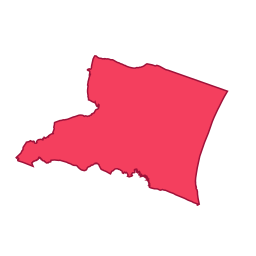 Pueblo Viejo, Colombia (Mercator projection), rotated 111°
{"feature_id": "7082276B85256872918621", "entity_name": "Pueblo Viejo", "entity_type": "district", "adm_level": 2, "iso_a3": "COL", "parent_name": "Colombia", "parent_adm1": "", "projection": "mercator", "projection_center": [-74.321, 10.832], "detail": "fine", "context": "isolated", "style": "filled", "palette": "rose", "viewbox_px": 256, "rotation_deg": 111, "n_neighbors": 0, "source": "geoboundaries", "source_scale": "gbopen_adm2", "svg_char_len": 5936}
<svg xmlns="http://www.w3.org/2000/svg" viewBox="0 0 256 256"><g transform="rotate(111 128 128)"><path d="M174.0,34.8L173.6,34.2L168.4,37.5L164.9,39.4L162.5,40.4L160.8,41.6L160.3,42.6L159.5,43.0L158.9,42.9L157.4,44.0L157.5,44.1L154.6,45.5L154.6,45.4L154.2,45.5L153.8,45.9L150.2,47.0L145.1,48.1L140.2,49.1L128.6,50.9L114.1,51.4L103.7,51.2L91.9,51.6L87.4,51.5L78.6,50.9L76.1,50.6L68.7,49.9L63.9,49.3L58.0,48.3L59.7,111.2L60.0,113.7L59.1,120.5L59.1,123.0L59.4,123.9L59.9,124.2L60.3,124.9L60.4,128.1L61.3,133.3L62.0,133.9L64.8,135.7L66.8,138.0L67.2,139.0L67.8,139.6L68.6,141.8L69.5,142.6L70.2,144.6L70.8,148.5L70.9,151.2L70.8,152.3L70.6,152.7L70.8,153.5L70.5,156.8L70.7,157.9L70.4,159.7L70.6,161.4L69.8,166.7L70.5,168.8L70.5,170.7L70.8,171.9L71.3,172.9L71.5,174.5L72.0,174.8L72.0,175.4L72.5,176.3L72.6,178.2L73.0,179.3L73.1,180.1L72.9,181.7L72.2,183.5L72.5,184.8L73.7,185.1L76.2,185.3L83.5,184.2L84.3,183.8L85.9,183.7L86.4,184.0L86.7,184.3L86.6,185.1L86.7,185.5L87.9,186.7L88.3,186.7L88.6,185.9L88.5,184.9L88.9,184.0L89.9,183.5L92.1,183.1L91.8,182.7L91.1,182.7L91.2,182.4L94.2,182.4L99.2,181.8L100.1,181.5L102.4,181.1L102.8,180.4L106.9,179.4L109.0,178.6L112.4,176.7L113.2,176.6L113.9,175.8L115.9,174.9L115.7,174.0L116.0,172.6L115.9,172.3L116.2,171.0L116.3,169.3L116.1,168.5L116.3,168.6L116.4,168.3L116.2,168.0L115.6,168.0L118.1,165.8L118.8,165.0L119.1,164.1L119.0,163.8L118.8,164.0L118.5,163.8L118.1,164.1L117.6,164.0L117.3,163.7L117.1,163.9L116.8,163.9L116.6,164.7L116.5,164.2L116.7,163.5L116.9,163.2L120.0,162.6L121.3,163.1L122.1,164.2L122.9,164.7L126.1,165.1L126.6,165.8L127.6,166.3L127.9,167.0L129.0,166.9L129.5,167.7L130.8,168.5L131.0,169.3L131.8,170.1L131.7,171.0L132.0,172.3L132.8,173.0L132.4,174.2L132.5,175.5L133.1,177.4L133.8,178.6L136.3,181.5L137.4,183.1L141.2,187.2L142.5,189.1L142.7,189.6L143.1,190.0L143.6,191.4L144.7,192.8L145.5,194.3L149.0,198.3L149.6,198.5L150.8,198.0L154.0,197.5L155.1,196.6L158.1,196.5L159.0,196.6L159.3,196.4L159.7,195.8L160.0,195.8L160.3,196.0L160.4,196.7L162.2,198.4L163.0,198.6L163.6,199.4L164.8,199.1L165.0,200.0L165.8,200.3L166.1,200.7L167.1,201.2L167.2,201.6L166.7,202.5L166.7,203.0L167.7,203.0L168.0,203.5L168.4,203.7L169.3,203.1L169.6,203.2L169.6,204.2L169.9,205.5L171.0,207.4L171.9,208.0L173.4,208.5L173.8,208.4L174.3,207.8L174.9,208.0L175.4,208.9L175.5,209.7L175.1,210.4L174.3,210.7L174.1,211.2L174.2,211.6L175.0,212.3L174.8,213.0L175.0,213.7L174.8,214.5L175.0,214.8L175.8,215.0L177.7,217.8L178.5,217.8L182.2,218.7L182.6,218.6L183.5,219.0L186.0,218.3L187.2,218.8L189.8,219.0L195.7,221.8L196.0,221.3L195.3,221.0L195.2,220.3L195.6,219.8L195.8,219.1L196.4,219.0L196.6,219.5L196.8,219.7L197.8,219.2L198.0,218.9L197.7,213.8L197.8,202.9L195.3,205.2L194.9,205.3L194.5,204.8L193.5,204.7L193.0,204.1L192.5,203.9L192.4,203.4L191.7,202.9L191.4,202.3L191.0,201.8L190.6,202.0L190.0,201.1L189.6,201.1L189.3,200.7L188.3,200.8L187.9,200.6L187.5,200.8L187.1,200.6L187.1,199.6L187.9,199.3L187.9,199.1L187.6,198.8L187.9,198.6L187.9,197.9L188.5,197.7L188.3,197.0L188.7,196.8L189.0,196.0L189.0,195.2L188.7,194.7L189.0,194.1L189.3,193.8L189.2,193.0L189.7,192.2L189.8,191.2L189.3,190.7L189.2,190.1L188.7,190.1L187.4,188.4L187.3,188.1L186.6,188.1L185.8,188.4L185.6,188.1L184.2,185.2L183.0,180.8L182.5,180.1L181.9,172.9L182.1,171.3L182.0,168.8L182.3,166.9L182.3,165.3L181.5,162.8L181.6,162.1L182.8,159.9L183.6,157.6L183.8,156.4L183.5,153.7L183.2,153.0L182.6,152.7L182.3,152.1L181.7,151.8L179.8,151.7L178.7,151.2L178.4,151.1L177.7,149.9L176.4,149.1L175.8,149.0L175.6,148.2L174.7,147.3L172.6,146.0L172.9,145.1L172.1,144.8L172.0,144.2L172.8,141.8L173.4,141.5L175.4,139.2L175.7,139.0L176.1,138.3L176.0,137.8L176.4,137.1L176.2,136.0L176.4,135.5L176.4,133.2L177.1,128.2L177.1,127.9L174.4,127.7L173.7,127.2L173.5,126.8L171.0,125.5L170.4,124.7L169.7,122.9L170.0,122.2L169.7,120.9L170.1,119.6L170.2,118.5L170.7,117.8L171.8,117.2L172.0,116.1L171.9,115.8L171.2,115.9L170.5,115.6L170.5,115.1L170.8,114.2L170.1,113.8L170.0,113.5L170.8,112.3L171.9,111.0L173.2,111.2L173.2,109.4L171.5,107.2L171.0,107.0L170.7,106.9L170.5,107.2L170.5,108.0L170.4,108.2L168.9,108.0L168.1,107.6L167.6,106.3L167.1,105.8L166.6,105.8L165.1,106.9L164.5,107.0L163.9,106.4L163.4,105.4L164.3,105.3L164.0,104.2L165.3,103.9L165.0,104.4L165.2,104.6L165.8,104.1L165.5,103.9L165.7,103.7L166.0,103.8L166.0,103.6L166.1,103.4L165.9,103.2L166.2,103.0L165.9,102.8L165.9,102.1L165.0,102.2L165.1,102.3L164.9,102.4L164.6,101.8L165.1,101.5L165.1,101.9L165.5,101.9L165.3,101.6L165.6,101.2L165.3,101.0L165.8,100.6L166.2,101.0L166.1,101.4L166.2,101.1L166.6,101.1L166.3,101.0L166.4,100.8L167.0,100.8L167.0,101.1L166.7,101.1L167.4,101.2L167.6,101.0L167.1,100.9L167.7,99.9L167.4,99.9L167.7,99.7L167.4,99.7L167.5,99.0L167.1,98.7L167.4,98.6L167.4,98.2L168.4,98.5L168.0,97.9L167.5,98.1L167.8,97.7L168.2,97.8L167.7,97.1L167.5,97.3L167.5,96.7L167.3,96.8L167.3,97.1L167.1,97.2L167.0,96.6L166.7,96.7L166.9,96.5L166.6,96.1L166.9,96.1L167.3,94.9L167.0,94.7L166.8,94.8L166.7,94.4L166.6,94.8L166.3,94.7L166.5,94.5L166.3,94.0L166.5,93.8L166.3,93.5L166.3,93.1L166.8,92.9L167.1,93.1L167.0,93.9L167.8,93.5L168.0,93.9L168.3,92.6L167.6,93.1L167.8,93.4L167.6,93.4L167.2,93.2L167.6,92.8L167.8,92.5L167.4,92.6L167.2,92.2L167.3,92.0L167.7,92.1L168.3,91.5L168.6,91.8L168.8,91.6L168.8,91.8L169.0,91.6L169.5,91.9L169.3,91.5L169.5,91.4L169.5,90.9L168.8,91.4L169.0,91.0L168.6,90.8L168.9,90.6L168.7,90.4L169.3,90.3L169.5,89.9L170.2,89.8L170.3,90.0L170.1,90.3L170.2,90.7L170.5,89.9L170.8,89.6L170.7,89.3L171.2,88.9L171.6,89.0L171.6,88.8L171.9,88.2L172.2,88.5L172.6,88.2L173.0,88.4L173.8,87.6L174.3,87.9L174.3,87.4L173.9,87.1L174.2,87.0L174.5,87.1L174.9,86.8L175.3,87.0L175.6,86.7L175.7,85.2L175.3,81.7L174.3,78.7L174.5,75.9L174.3,75.2L173.1,73.8L173.1,72.4L172.7,70.6L172.9,65.4L172.8,62.1L173.2,59.7L173.4,49.9L173.8,46.0L173.8,41.7L174.1,40.4L174.0,36.5L174.4,36.0L174.5,36.1L175.6,35.3L175.2,35.5L175.1,35.3L174.2,35.9L173.6,35.1L174.0,34.8Z" fill="#f43f5e" stroke="#9f1239" stroke-width="1.5"/></g></svg>